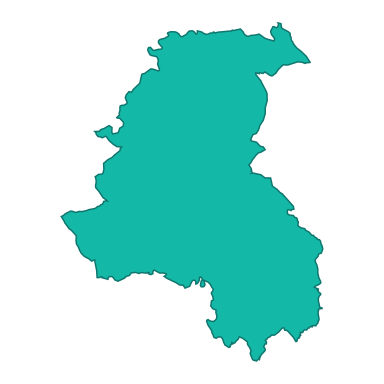 Godeanu, Mehedinti, Romania (Albers equal-area conic projection)
{"feature_id": "2599482B82474731050833", "entity_name": "Godeanu", "entity_type": "district", "adm_level": 2, "iso_a3": "ROU", "parent_name": "Romania", "parent_adm1": "Mehedinti", "projection": "albers", "projection_center": [22.605, 44.8], "detail": "fine", "context": "isolated", "style": "filled", "palette": "teal", "viewbox_px": 384, "rotation_deg": 0, "n_neighbors": 0, "source": "geoboundaries", "source_scale": "gbopen_adm2", "svg_char_len": 5955}
<svg xmlns="http://www.w3.org/2000/svg" viewBox="0 0 384 384"><path d="M280.9,23.6L278.0,23.0L278.5,23.9L278.4,24.7L277.6,27.1L276.2,27.7L273.8,26.6L273.0,26.7L270.8,30.8L270.8,32.4L271.7,34.8L274.5,38.4L274.4,40.1L273.9,40.9L267.6,39.3L264.7,38.1L259.1,34.1L256.3,34.9L250.5,35.5L248.7,36.3L247.2,36.3L244.9,34.7L243.7,33.2L243.2,31.9L240.4,29.0L233.7,30.5L232.3,30.1L231.6,30.9L217.7,32.2L215.2,33.0L213.8,32.0L213.0,32.3L212.7,33.0L210.4,33.0L208.2,34.1L206.2,34.3L203.9,33.5L201.7,32.0L197.4,30.9L197.2,33.4L196.0,34.1L194.0,31.6L192.4,30.8L189.7,31.0L188.7,31.4L186.2,34.5L182.3,36.6L181.1,36.6L179.6,35.4L179.0,34.0L176.6,32.4L175.2,31.9L170.9,31.7L167.9,32.7L167.5,33.6L168.8,35.1L168.3,36.1L164.9,38.2L159.9,39.5L158.6,40.8L158.4,42.0L158.7,43.3L162.3,47.6L161.8,49.0L157.6,49.5L154.1,50.5L152.8,50.0L150.4,47.3L148.5,47.7L147.9,49.1L147.9,50.6L149.9,54.7L151.4,55.5L156.2,56.5L157.2,57.3L158.4,60.1L157.6,64.2L159.4,69.1L159.5,69.9L159.2,70.5L158.2,70.9L152.9,69.1L150.8,68.9L144.4,73.6L142.4,73.9L141.7,74.6L140.0,82.4L139.5,83.5L133.4,89.3L131.6,92.2L129.0,91.6L126.3,94.8L125.3,97.7L127.1,102.4L126.9,103.6L123.7,105.3L121.7,105.3L120.2,106.0L119.9,107.7L120.0,110.1L119.2,113.2L119.4,115.1L116.8,117.5L117.1,118.0L119.9,118.4L123.5,122.4L123.6,123.1L123.2,126.1L119.6,128.3L118.8,131.3L117.9,132.8L112.8,133.9L111.8,132.3L112.0,127.5L109.1,125.6L104.1,128.5L100.5,129.7L99.6,131.3L94.8,131.5L95.9,132.6L96.3,134.4L98.0,136.5L100.6,136.9L102.2,137.8L105.4,136.3L106.3,136.6L109.1,140.6L113.4,144.4L116.9,146.6L121.6,147.0L120.3,148.6L119.9,150.7L114.3,155.2L112.2,157.4L108.0,159.6L103.6,163.3L103.9,169.6L102.9,173.3L102.0,174.1L98.6,174.4L95.2,176.7L96.1,179.7L96.1,183.0L95.6,185.1L95.7,187.6L99.2,191.8L103.1,197.7L106.1,199.8L107.2,201.0L106.0,200.8L103.6,201.5L103.2,203.1L102.4,204.1L100.7,204.9L99.3,206.3L97.5,206.5L95.7,208.1L94.2,208.7L89.0,209.6L86.2,210.7L82.5,211.5L78.7,211.5L77.0,212.2L74.9,212.3L72.5,211.3L70.6,211.1L65.4,213.7L63.3,215.6L61.3,216.5L64.4,221.6L64.6,222.5L69.1,228.7L71.3,230.2L76.0,235.4L76.3,236.4L76.0,240.7L76.5,244.0L78.6,247.5L79.7,250.5L81.4,253.4L84.3,256.4L89.0,258.9L91.6,261.1L94.6,259.9L96.7,270.7L97.1,277.6L99.6,277.5L101.2,276.6L102.3,277.2L102.0,277.7L107.9,279.3L108.3,277.5L109.3,276.7L111.9,276.5L113.6,278.0L114.8,279.9L118.0,281.2L124.6,278.1L126.2,276.4L129.4,275.5L131.3,272.9L135.9,272.4L138.9,273.5L141.2,272.6L146.1,273.1L148.7,272.3L149.0,272.6L148.3,273.5L148.4,273.8L150.9,274.6L152.9,273.7L152.8,271.7L153.8,270.2L154.2,270.1L159.8,273.1L162.8,272.9L166.2,273.7L166.4,274.3L165.6,275.5L164.1,276.4L166.9,278.3L176.1,282.7L179.5,284.9L183.3,285.3L185.0,288.1L189.6,286.3L192.0,281.2L193.5,280.1L195.3,280.6L195.8,281.6L195.8,284.0L196.6,283.9L198.2,282.6L199.4,279.9L199.4,277.7L200.2,276.9L202.0,278.3L202.8,279.9L201.6,280.3L201.1,281.6L200.4,285.3L201.1,286.7L203.0,286.9L204.1,286.4L204.7,285.5L205.0,284.3L204.0,281.2L204.2,280.4L208.2,282.2L210.4,284.5L211.7,287.2L213.3,289.0L212.8,290.7L211.3,293.1L212.8,296.5L213.4,299.9L211.5,300.8L210.8,306.1L212.8,308.7L216.1,310.1L215.9,312.6L216.9,316.1L216.6,318.2L215.9,319.7L213.8,321.4L210.8,321.3L208.0,319.6L206.8,320.3L206.7,321.5L208.1,325.3L211.4,330.2L212.2,333.4L213.1,334.8L213.7,336.9L214.4,337.6L216.1,338.2L219.0,336.7L221.3,337.3L222.6,338.9L223.7,342.4L225.0,345.0L228.8,347.4L230.2,346.9L230.2,345.4L231.8,344.2L231.7,342.5L232.3,342.6L232.9,343.8L235.3,342.5L235.8,341.4L237.9,339.5L239.4,336.8L243.0,338.5L247.6,342.0L247.4,343.6L247.7,344.7L249.7,347.6L251.1,350.9L250.2,353.3L251.4,356.8L252.7,359.7L254.1,360.5L254.6,360.2L256.3,361.0L258.7,359.1L259.2,357.8L259.6,358.8L259.9,357.4L261.3,354.7L265.1,350.6L265.2,349.1L263.7,346.7L265.0,343.9L266.3,343.9L266.5,342.0L265.3,340.2L267.2,338.8L267.6,337.9L270.2,336.6L271.5,335.1L274.5,335.1L278.5,332.2L282.2,328.1L283.9,327.8L284.7,330.2L286.5,330.3L288.0,331.3L293.5,337.5L295.7,341.4L296.1,341.6L297.2,340.9L297.2,339.7L297.7,338.5L299.3,337.9L299.6,337.5L299.3,336.5L300.6,335.5L299.9,334.8L300.6,334.0L300.4,332.4L302.3,332.6L302.9,332.2L303.5,330.6L304.6,329.8L306.6,330.0L308.2,328.0L309.4,327.9L309.8,327.0L311.2,326.1L312.0,327.0L312.8,325.5L315.9,325.8L316.1,325.0L317.7,323.3L318.2,321.8L318.0,321.2L318.7,320.7L319.0,319.6L319.0,318.1L318.7,317.3L318.1,313.0L318.2,311.6L318.6,310.5L318.4,309.6L319.5,308.8L322.0,308.6L322.1,308.1L319.5,307.0L319.3,304.9L318.4,301.1L318.3,299.0L318.9,296.6L320.7,294.4L320.7,293.9L320.1,293.0L319.2,292.6L317.3,290.0L317.2,289.7L318.3,289.7L318.3,289.0L314.2,287.3L315.6,285.9L318.6,284.7L320.7,283.1L320.7,281.7L318.8,277.6L317.8,273.1L317.8,269.0L316.9,265.1L315.6,262.4L315.1,260.3L315.3,259.4L318.1,256.3L318.7,253.9L321.2,253.2L322.6,249.7L322.7,248.6L322.2,246.3L320.7,242.8L320.6,241.3L319.4,239.7L317.3,239.4L317.1,238.5L314.1,236.5L313.5,235.3L311.8,235.3L309.2,232.2L305.5,230.2L304.8,228.7L300.9,227.8L297.9,225.7L298.3,221.8L297.4,220.9L297.3,219.1L296.6,217.9L294.8,217.4L293.4,215.5L289.7,215.1L287.6,214.0L287.3,211.6L287.8,209.7L289.7,209.8L291.0,210.6L291.6,209.6L293.9,209.2L293.3,206.2L282.2,193.8L280.0,192.5L277.1,189.4L272.4,186.1L270.6,178.0L264.9,177.9L261.0,174.8L253.5,173.1L251.9,173.3L252.3,173.0L251.2,171.1L251.7,171.0L251.1,168.4L248.8,164.8L250.4,163.4L252.5,159.7L256.5,154.6L258.6,152.8L260.8,152.2L265.1,149.7L263.3,147.0L260.2,146.2L256.5,142.2L251.5,141.0L250.5,139.7L251.3,138.9L251.2,138.3L252.8,134.8L256.3,133.4L258.6,129.7L259.9,125.4L263.3,120.2L265.2,113.8L265.3,107.7L267.2,100.6L267.0,93.8L266.4,91.7L261.3,82.0L261.1,81.2L255.8,74.5L255.9,72.7L259.3,73.7L259.6,72.7L263.0,73.4L265.0,72.0L269.5,75.1L271.6,75.9L272.5,75.7L275.9,73.1L278.3,69.5L283.0,64.9L287.9,65.0L297.5,61.9L301.7,62.1L305.0,63.4L306.2,62.8L310.0,62.5L310.0,62.1L306.2,56.2L300.9,51.2L296.8,48.0L295.1,46.0L292.8,42.7L292.7,41.8L291.8,41.0L291.2,39.4L291.0,37.2L290.2,35.8L290.2,33.8L289.8,33.0L288.2,31.7L282.4,28.6L281.5,27.6L280.9,23.6Z" fill="#14b8a6" stroke="#0f766e" stroke-width="1.5"/></svg>